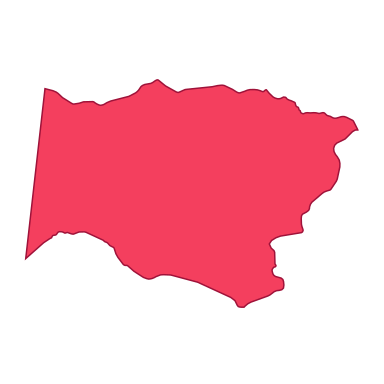 outline of Wadi Fira, rotated 6°
{"feature_id": "TCD-1473", "entity_name": "Wadi Fira", "entity_type": "Prefecture", "adm_level": 1, "iso_a3": "TCD", "parent_name": "Chad", "parent_adm1": "", "projection": "orthographic", "projection_center": [21.824, 14.959], "detail": "fine", "context": "isolated", "style": "filled", "palette": "rose", "viewbox_px": 384, "rotation_deg": 6, "n_neighbors": 0, "source": "natural_earth", "source_scale": "10m", "svg_char_len": 3706}
<svg xmlns="http://www.w3.org/2000/svg" viewBox="0 0 384 384"><g transform="rotate(6 192 192)"><path d="M350.4,113.0L347.9,113.3L345.3,115.2L338.8,123.2L330.9,128.2L329.0,130.6L328.3,133.8L329.0,136.9L330.7,139.6L332.9,141.9L335.1,144.9L336.1,148.1L336.4,151.7L335.1,163.9L334.4,166.2L329.9,174.7L329.1,175.6L325.7,177.0L323.3,178.3L321.4,180.0L312.3,189.6L311.1,191.8L310.5,194.4L310.5,196.4L309.9,198.1L307.9,200.0L304.2,202.5L303.4,204.2L303.4,206.9L304.2,212.6L304.8,214.5L306.3,217.8L306.5,218.8L306.0,220.2L305.0,221.0L284.6,226.6L280.3,228.7L276.2,231.9L274.3,235.6L276.6,239.5L279.7,241.8L280.5,243.3L282.0,254.6L282.3,255.2L282.8,255.7L283.2,256.4L283.1,257.1L282.6,257.7L281.2,258.3L280.8,258.8L279.9,260.5L279.8,261.4L280.1,262.6L281.0,264.9L282.2,266.4L283.9,267.3L289.7,268.3L291.5,269.5L292.4,271.5L293.1,274.9L293.0,278.0L291.5,279.8L289.1,280.7L286.4,281.3L284.1,282.6L280.3,286.2L278.3,287.5L262.2,295.3L259.2,297.3L256.8,299.8L255.8,301.1L255.7,301.1L253.0,301.4L251.4,301.4L250.0,301.1L248.9,300.0L246.4,296.0L246.0,295.5L241.6,292.8L207.0,281.1L179.8,276.8L178.4,276.8L172.3,277.2L169.4,277.7L164.7,280.1L163.9,280.8L162.1,281.8L161.1,282.3L159.1,282.9L158.0,283.1L156.1,282.9L152.6,282.0L142.7,277.0L135.5,271.9L135.1,271.9L134.4,271.8L133.2,272.0L132.3,271.8L131.7,271.5L131.2,271.2L125.2,264.8L122.8,261.4L120.6,256.4L120.4,256.0L120.1,255.6L119.7,255.3L116.8,254.2L115.9,253.8L115.1,253.1L113.6,251.7L113.2,251.4L112.6,251.1L110.4,250.5L109.9,250.2L109.1,249.5L108.6,249.2L90.7,243.1L90.0,243.0L89.0,242.9L84.4,243.5L83.9,243.6L83.4,243.8L78.7,246.2L78.1,246.3L77.5,246.3L76.2,246.2L72.6,245.3L72.1,245.3L71.6,245.5L70.7,245.9L70.2,246.1L69.7,246.1L69.2,246.0L68.8,245.7L68.2,245.5L67.0,245.2L66.4,245.2L64.5,245.3L63.8,245.5L63.1,245.9L62.4,246.9L61.7,248.2L61.4,248.6L60.9,249.0L58.4,249.7L58.0,250.0L57.6,250.7L57.1,252.2L55.5,253.2L49.8,257.9L33.6,275.6L35.0,104.6L43.1,105.8L46.4,106.8L48.4,107.9L53.4,111.7L63.0,116.4L64.4,116.9L65.1,116.9L65.7,116.8L70.6,115.5L74.6,113.7L83.8,112.5L84.6,112.6L85.2,112.8L86.1,113.4L87.9,114.3L90.2,115.1L91.4,115.3L92.3,115.3L94.3,114.6L95.3,114.1L98.1,112.0L101.7,110.0L119.2,103.5L125.6,99.3L127.1,97.8L128.3,96.2L130.1,92.8L130.4,92.4L131.2,91.6L132.0,91.0L133.8,90.0L139.7,88.3L141.5,87.2L143.9,85.1L145.4,84.2L145.9,84.1L146.5,84.1L147.4,84.6L154.6,89.3L165.8,94.1L166.9,94.4L167.7,94.4L168.4,94.3L174.3,90.9L175.4,90.6L201.1,85.2L206.4,83.5L210.1,82.7L211.1,82.6L212.7,82.7L213.2,82.8L221.5,85.7L226.1,88.0L227.9,88.5L228.7,88.5L229.3,88.4L233.9,86.3L236.3,85.0L239.0,84.1L243.3,83.6L246.5,83.6L249.1,84.1L251.7,84.8L252.3,84.7L252.8,84.5L254.0,83.2L254.7,82.7L255.1,82.6L255.3,82.6L255.5,82.8L258.3,85.6L262.4,88.8L263.3,89.3L264.6,89.8L265.4,90.0L267.0,90.3L267.9,90.3L268.7,90.2L269.2,90.1L270.8,89.5L271.2,89.2L272.3,88.5L273.1,88.0L273.8,88.0L274.6,88.0L275.2,88.1L275.7,88.4L276.4,89.2L276.8,89.5L277.3,89.8L279.5,90.6L280.8,90.8L284.7,92.1L285.2,92.5L285.5,93.3L286.1,94.9L286.4,95.4L286.7,95.8L287.1,96.1L287.5,96.3L288.3,96.5L288.7,96.7L289.1,97.1L289.3,97.6L289.7,98.6L289.9,99.1L290.3,99.4L290.8,99.7L291.2,100.0L291.4,100.5L291.6,101.0L291.8,101.5L292.2,101.9L292.9,102.2L293.9,102.5L294.6,102.5L295.1,102.3L296.5,101.5L297.0,101.4L298.2,101.1L301.3,101.0L304.8,100.4L307.0,100.3L309.9,100.6L310.7,100.5L312.6,99.8L313.9,99.4L314.8,99.4L315.4,99.6L315.9,99.9L317.9,101.5L318.4,101.7L319.0,101.9L321.5,102.3L322.1,102.5L322.7,102.8L323.4,103.1L324.8,103.6L325.7,103.7L326.5,103.7L327.7,103.5L329.8,102.7L331.8,101.8L332.6,101.5L333.9,101.2L334.9,101.1L335.7,101.1L338.0,101.6L344.1,103.9L344.6,104.2L345.0,104.5L345.3,104.9L350.3,112.7L350.4,113.0L350.4,113.0Z" fill="#f43f5e" stroke="#9f1239" stroke-width="1.5"/></g></svg>